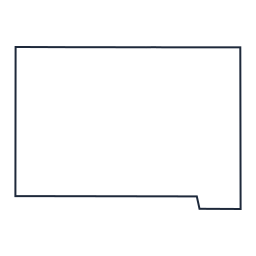 Marshall, South Dakota, United States of America
{"feature_id": "52423323B27274564243659", "entity_name": "Marshall", "entity_type": "district", "adm_level": 2, "iso_a3": "USA", "parent_name": "United States of America", "parent_adm1": "South Dakota", "projection": "mercator", "projection_center": [-97.549, 45.747], "detail": "fine", "context": "isolated", "style": "outline", "palette": "slate", "viewbox_px": 256, "rotation_deg": 0, "n_neighbors": 0, "source": "geoboundaries", "source_scale": "gbopen_adm2", "svg_char_len": 336}
<svg xmlns="http://www.w3.org/2000/svg" viewBox="0 0 256 256"><path d="M240.6,209.0L240.3,47.3L215.2,47.3L213.2,47.3L164.3,47.3L161.4,47.3L153.3,47.2L153.2,47.2L146.2,47.3L100.1,47.2L76.0,47.2L73.7,47.2L21.6,47.0L15.6,47.0L15.5,121.5L15.4,196.1L196.8,196.4L199.5,208.8L240.6,209.0Z" fill="none" stroke="#1e293b" stroke-width="2"/></svg>